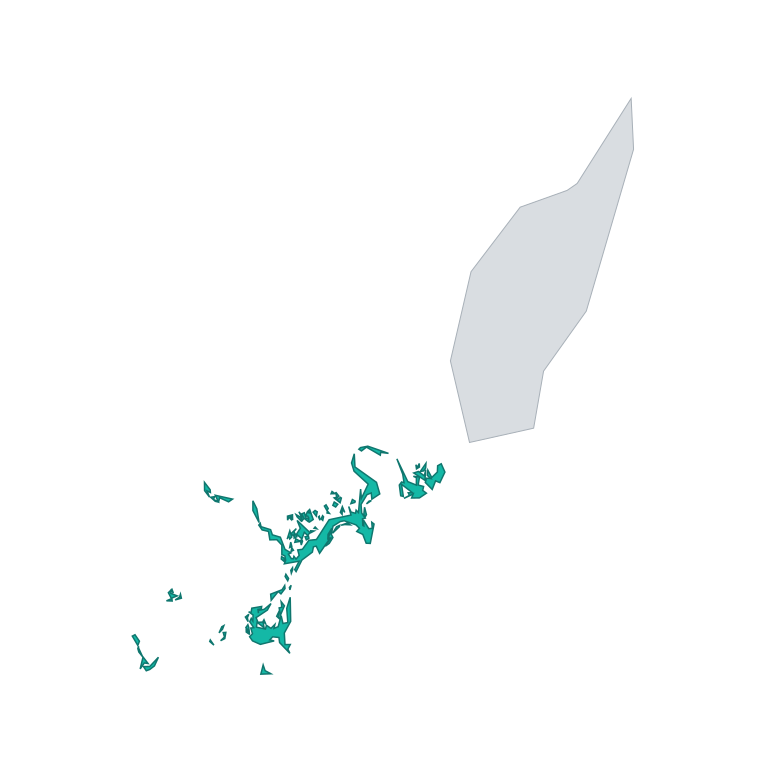 Rock Islands, Palau shown in context, rotated 7°
{"feature_id": "81905179B25065420091435", "entity_name": "Rock Islands", "entity_type": "district", "adm_level": 2, "iso_a3": "PLW", "parent_name": "Palau", "parent_adm1": "", "projection": "albers", "projection_center": [134.386, 7.235], "detail": "fine", "context": "in_parent", "style": "filled", "palette": "teal", "viewbox_px": 768, "rotation_deg": 7, "n_neighbors": 0, "source": "geoboundaries", "source_scale": "gbopen_adm2", "svg_char_len": 6423}
<svg xmlns="http://www.w3.org/2000/svg" viewBox="0 0 768 768"><g transform="rotate(7 384 384)"><path d="M537.9,409.6L476.0,431.6L447.1,353.0L456.7,261.9L497.6,191.9L542.2,169.5L551.3,161.4L594.5,70.4L603.1,120.6L575.9,287.0L540.8,351.8L537.9,409.6Z" fill="#d9dde1" stroke="#a8b0b8" stroke-width="1"/><path d="M380.5,485.3L375.5,500.3L373.6,491.1L374.3,514.7L371.7,512.6L371.5,515.8L366.9,515.1L363.9,509.9L367.2,518.1L346.1,525.4L335.9,546.6L328.5,548.3L323.2,558.0L318.6,559.2L320.7,564.5L318.0,568.5L315.6,566.0L315.2,568.6L313.3,568.6L309.8,564.5L312.2,563.0L305.9,560.2L299.8,548.7L291.6,547.3L289.2,542.4L279.4,540.6L278.1,537.3L276.9,539.3L280.8,543.7L287.3,544.4L289.7,552.6L296.6,551.6L302.2,556.3L303.4,565.7L306.6,566.7L307.9,571.1L307.0,574.6L321.4,570.2L318.0,579.1L319.6,580.9L324.0,568.7L333.4,559.6L333.8,554.2L336.5,553.2L340.7,559.9L348.8,544.4L347.1,544.7L346.8,540.0L349.8,533.5L347.5,543.4L349.9,543.3L345.5,552.2L349.1,548.9L352.0,542.6L350.0,539.6L350.7,531.3L357.3,525.9L361.2,524.6L373.3,527.2L377.2,530.2L374.9,533.7L381.3,535.9L385.7,544.2L389.8,543.9L391.2,524.2L388.7,522.7L389.9,528.7L386.5,529.4L380.1,521.4L381.3,527.4L380.2,527.0L379.1,520.4L381.7,519.4L377.6,514.8L375.9,506.4L380.6,495.9L384.6,493.7L386.0,499.8L393.2,493.6L388.5,482.5L365.3,469.9L363.0,456.9L361.4,466.3L364.9,474.2L380.5,485.3ZM284.4,641.7L281.5,642.5L283.9,647.9L281.4,651.2L284.8,655.0L293.0,657.5L306.3,652.4L301.8,651.9L304.3,648.5L310.6,648.4L311.9,653.4L323.4,662.8L320.9,658.9L322.7,654.0L317.5,654.7L315.4,643.3L320.3,631.0L316.9,607.1L314.8,618.6L317.6,632.5L312.9,634.0L310.2,626.5L308.5,637.8L304.6,640.0L305.0,635.9L301.6,640.3L296.7,637.8L296.2,641.7L287.0,640.9L287.1,636.0L294.7,640.5L292.9,635.0L288.0,635.9L285.5,631.5L295.8,622.6L298.6,615.7L292.6,622.2L286.9,624.1L287.3,626.8L286.3,623.1L289.6,622.2L289.7,619.7L280.1,622.6L279.9,627.0L277.4,626.6L282.2,629.2L282.7,635.3L280.8,632.8L279.7,636.3L284.4,641.7ZM413.6,481.4L425.4,488.4L421.3,489.0L422.8,491.5L417.8,495.1L426.4,489.6L425.3,493.8L433.1,492.7L439.4,487.2L435.4,484.9L435.8,480.9L430.2,480.1L430.6,472.0L424.4,472.0L427.6,473.1L428.4,480.4L419.5,478.0L405.9,456.7L413.6,471.3L415.9,479.5L413.4,479.1L411.5,482.4L414.2,492.9L416.9,493.3L413.6,481.4ZM447.2,458.6L447.7,464.9L442.8,471.0L438.0,464.2L438.1,469.4L442.0,472.2L437.7,472.3L437.0,476.7L444.7,482.8L447.0,473.9L451.5,475.1L455.2,464.0L450.5,456.2L447.2,458.6ZM315.5,543.7L321.4,547.7L323.0,540.9L326.6,543.6L328.7,540.6L314.4,530.0L318.5,537.4L315.5,543.7ZM389.0,455.1L389.0,452.3L396.9,452.3L375.5,447.7L368.4,450.0L367.0,451.8L369.8,453.2L374.3,448.8L389.0,455.1ZM234.2,521.4L234.7,516.9L244.1,519.9L247.7,516.7L230.1,515.0L233.9,521.1L228.9,519.4L229.5,516.5L225.7,517.5L230.8,521.0L234.2,521.4ZM325.5,517.6L323.9,519.6L326.8,521.2L323.3,520.8L322.3,524.7L324.4,524.4L325.6,526.3L326.0,529.4L326.9,530.1L330.3,527.1L325.5,517.6ZM276.9,536.7L273.0,523.4L268.1,515.9L269.3,525.6L276.9,536.7ZM224.6,517.5L221.3,511.6L224.9,512.8L224.3,510.1L217.8,503.5L218.9,511.7L224.6,517.5ZM436.3,474.6L435.9,463.9L435.2,470.2L428.8,466.6L424.4,468.7L436.3,474.6ZM298.4,612.4L304.3,602.9L307.3,604.9L310.7,599.1L310.0,596.1L307.9,600.6L297.1,606.4L298.4,612.4ZM297.1,687.0L307.0,685.4L300.9,683.0L298.3,677.6L297.1,687.0ZM185.9,692.9L179.7,693.8L183.0,697.6L186.3,695.9L190.5,691.8L193.4,682.7L185.9,692.9ZM318.8,530.7L321.0,527.0L325.4,529.7L325.5,526.2L323.1,526.8L320.6,521.5L318.2,522.9L320.4,526.4L315.1,521.2L318.0,525.6L319.3,528.8L318.8,530.7ZM171.5,673.5L172.6,669.1L167.4,663.2L164.9,664.9L171.5,673.5ZM313.6,547.9L316.1,546.2L312.5,541.6L314.6,538.2L309.9,543.9L312.7,545.7L313.2,543.2L313.6,547.9ZM199.0,622.6L204.6,619.5L197.9,617.8L197.8,614.9L200.4,617.1L198.5,613.5L195.4,617.4L199.0,622.6ZM309.4,626.0L312.2,616.3L308.4,612.5L309.8,618.0L307.2,619.0L309.4,626.0ZM306.8,549.8L307.6,546.0L309.3,549.3L311.1,547.1L308.4,541.2L306.8,549.8ZM304.9,530.9L305.9,527.8L308.1,529.6L307.2,525.9L309.9,530.2L309.1,525.0L304.3,526.9L304.9,530.9ZM358.3,518.5L357.8,513.2L360.7,516.2L357.6,510.8L356.3,516.7L358.3,518.5ZM176.7,696.5L180.1,690.1L183.9,690.2L178.1,684.3L176.7,696.5ZM253.1,658.7L257.0,656.1L257.3,649.8L254.7,650.3L256.5,654.6L253.1,658.7ZM379.7,508.7L379.9,516.3L381.8,517.6L382.5,515.8L379.7,508.7ZM350.1,504.3L352.9,500.8L349.3,497.2L350.8,502.2L348.4,503.1L350.1,504.3ZM332.9,523.4L333.3,519.0L331.0,517.9L329.3,519.8L332.9,523.4ZM354.9,507.2L355.6,502.4L354.6,501.8L351.4,505.0L354.9,507.2ZM325.9,548.2L328.3,546.3L327.6,544.2L324.3,545.3L325.9,548.2ZM351.1,538.4L357.2,531.0L357.3,529.7L354.3,531.5L351.1,538.4ZM177.7,684.2L172.6,676.0L172.3,674.2L171.9,676.6L173.3,679.9L177.7,684.2ZM385.6,501.3L383.5,502.0L381.2,505.1L385.6,501.3ZM318.0,529.7L317.8,526.6L312.6,524.3L313.9,526.4L318.0,529.7ZM314.8,552.0L320.2,550.4L315.3,548.4L314.8,552.0ZM305.8,627.6L308.7,629.7L307.1,623.7L305.8,627.6ZM430.7,466.4L433.8,465.5L435.6,462.3L435.3,457.6L430.7,466.4ZM358.6,529.4L362.2,528.3L367.6,527.9L364.6,526.4L358.6,529.4ZM278.1,636.4L276.9,632.6L277.9,629.0L274.8,632.2L278.1,636.4ZM351.0,512.0L352.8,509.0L349.0,507.2L348.0,510.7L351.0,512.0ZM309.8,584.8L309.3,587.1L312.4,591.0L313.0,588.6L309.8,584.8ZM342.8,516.6L343.8,514.4L341.2,511.0L339.7,512.4L342.8,516.6ZM329.5,540.5L332.5,538.4L329.0,538.6L329.5,540.5ZM426.6,464.3L429.3,462.1L428.7,458.6L427.4,462.5L425.5,460.3L426.6,464.3ZM321.5,553.9L322.3,549.9L321.5,548.7L320.1,549.4L321.5,553.9ZM306.5,572.3L306.2,569.1L303.4,567.8L303.4,570.3L306.5,572.3ZM242.4,660.8L247.0,663.9L242.8,659.2L242.4,660.8ZM310.3,557.8L312.3,556.4L310.7,552.3L310.3,557.8ZM365.7,506.8L369.5,505.1L369.7,503.8L366.7,502.5L365.7,506.8ZM203.0,623.8L209.0,621.3L207.6,617.4L207.0,620.5L203.0,623.8ZM280.4,646.0L279.4,642.0L278.2,639.5L276.6,642.5L280.4,646.0ZM339.8,526.8L340.2,523.2L339.1,522.2L338.0,525.5L339.8,526.8ZM277.5,647.0L281.3,649.0L277.1,644.1L277.5,647.0ZM250.6,651.1L253.6,647.1L254.5,643.3L252.6,644.7L250.6,651.1ZM194.5,625.7L200.2,625.2L199.6,622.8L194.5,625.7ZM312.2,561.5L314.4,560.1L312.4,557.6L312.2,561.5ZM293.0,634.0L296.0,636.9L293.6,632.6L293.0,634.0ZM315.1,583.1L316.0,579.5L315.6,577.5L314.2,580.3L315.1,583.1ZM344.8,499.4L348.8,498.8L345.5,497.0L344.8,499.4ZM343.2,519.0L345.6,519.1L343.2,516.8L343.2,519.0ZM314.9,597.5L315.7,599.8L316.4,595.1L314.9,597.5ZM335.1,523.9L337.1,527.1L335.9,523.1L335.1,523.9ZM332.2,535.7L335.0,535.9L333.1,534.3L332.2,535.7Z" fill="#14b8a6" stroke="#0f766e" stroke-width="1.5"/></g></svg>